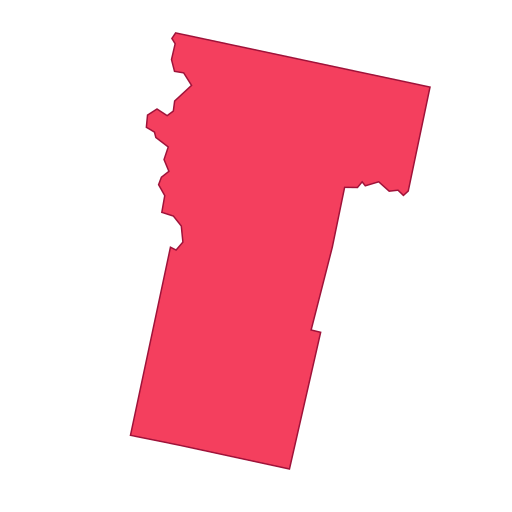 outline of Hinsdale, Colorado, United States of America, rotated 12°
{"feature_id": "52423323B80140634274819", "entity_name": "Hinsdale", "entity_type": "district", "adm_level": 2, "iso_a3": "USA", "parent_name": "United States of America", "parent_adm1": "Colorado", "projection": "robinson", "projection_center": [-107.379, 37.785], "detail": "fine", "context": "isolated", "style": "filled", "palette": "rose", "viewbox_px": 512, "rotation_deg": 12, "n_neighbors": 0, "source": "geoboundaries", "source_scale": "gbopen_adm2", "svg_char_len": 703}
<svg xmlns="http://www.w3.org/2000/svg" viewBox="0 0 512 512"><g transform="rotate(12 256 256)"><path d="M333.0,457.4L335.1,317.2L325.3,316.9L328.8,231.6L328.4,170.4L341.0,167.9L344.4,161.4L348.3,164.6L360.6,157.9L372.8,164.9L381.2,162.1L387.6,166.1L391.4,160.8L391.1,54.6L131.0,54.5L128.5,60.7L132.8,65.2L132.5,81.4L137.9,92.3L147.2,91.9L157.5,102.5L144.2,121.3L145.0,131.4L139.9,137.2L128.6,132.8L120.6,140.7L122.0,152.9L130.9,155.9L133.4,160.9L147.5,167.6L146.0,180.8L153.2,191.3L147.1,198.6L145.9,206.5L154.2,215.9L154.8,232.9L166.9,234.1L176.7,242.2L181.6,257.6L176.6,266.8L170.5,265.2L170.5,336.9L170.5,457.5L219.5,457.0L333.0,457.4Z" fill="#f43f5e" stroke="#9f1239" stroke-width="1.5"/></g></svg>